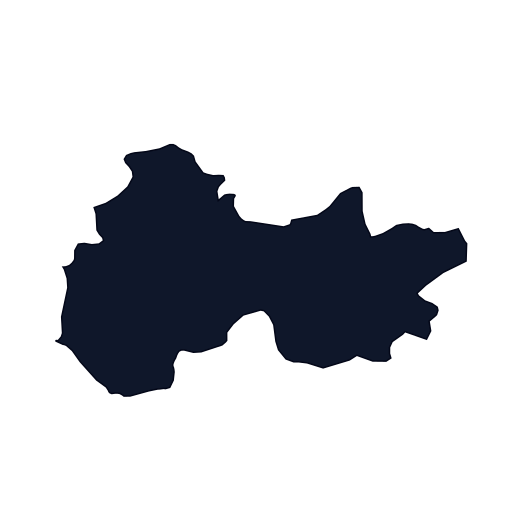 outline of Lempira, rotated 82°
{"feature_id": "HND-652", "entity_name": "Lempira", "entity_type": "Department", "adm_level": 1, "iso_a3": "HND", "parent_name": "Honduras", "parent_adm1": "", "projection": "natural_earth1", "projection_center": [-88.611, 14.455], "detail": "fine", "context": "isolated", "style": "filled", "palette": "ink", "viewbox_px": 512, "rotation_deg": 82, "n_neighbors": 0, "source": "natural_earth", "source_scale": "10m", "svg_char_len": 2427}
<svg xmlns="http://www.w3.org/2000/svg" viewBox="0 0 512 512"><g transform="rotate(82 256 256)"><path d="M141.8,372.9L138.5,370.2L137.3,365.6L137.0,362.1L137.4,350.5L136.6,336.5L133.8,325.9L134.2,322.6L135.6,320.3L138.2,317.8L140.5,314.9L143.7,309.0L145.9,306.0L148.4,304.1L154.3,303.3L166.4,296.9L168.3,293.3L170.6,287.3L171.1,281.6L171.9,277.4L174.0,276.6L176.6,276.6L180.2,281.5L182.2,283.7L186.4,285.9L195.9,285.7L191.4,278.6L191.2,276.5L191.3,273.5L192.1,269.5L192.7,268.5L193.4,268.3L195.9,270.3L203.7,271.6L214.4,267.5L217.3,265.6L219.4,263.5L220.6,261.7L221.5,256.7L231.1,224.6L229.9,218.0L228.9,217.1L225.5,215.6L224.4,189.5L220.0,180.4L217.3,175.8L206.0,163.6L202.1,152.6L201.8,150.8L202.5,144.4L208.0,142.3L226.4,144.8L239.7,143.7L250.2,140.2L253.1,139.9L253.4,137.3L253.2,134.9L251.6,127.0L247.8,117.4L245.4,112.6L245.0,106.1L245.5,100.5L246.4,96.9L248.0,93.6L250.0,91.4L252.7,87.7L253.5,85.8L252.8,81.1L257.7,77.0L259.2,65.5L257.2,51.9L270.3,47.4L273.1,45.7L290.3,48.7L298.3,73.1L308.5,92.1L315.3,101.8L318.1,100.7L324.0,95.1L327.7,88.3L331.9,83.7L335.1,83.4L339.2,85.4L340.0,86.4L344.6,93.7L354.5,93.5L362.1,98.7L351.6,119.0L353.8,121.7L359.7,133.1L365.0,136.5L371.2,137.4L375.8,136.7L378.2,141.8L376.2,155.0L368.3,170.0L371.9,177.9L376.1,205.1L368.9,220.2L366.7,228.4L366.0,233.4L362.1,240.6L352.0,246.7L343.3,248.1L326.5,247.9L317.4,251.1L311.3,255.6L310.1,258.9L312.6,276.9L320.0,288.1L327.5,295.7L335.6,296.8L336.9,298.3L339.3,302.0L343.2,323.6L342.6,331.4L339.0,340.3L338.7,343.4L339.6,345.7L341.4,347.3L343.4,348.6L345.8,349.8L348.1,351.6L350.3,352.9L352.0,353.6L353.5,353.7L355.3,353.3L357.2,353.2L359.5,353.3L367.5,355.3L374.1,359.7L374.7,364.1L374.2,365.9L374.2,370.0L374.0,371.9L374.6,381.1L377.1,400.2L376.3,406.3L375.0,407.5L373.1,410.0L372.5,412.0L372.1,414.6L372.1,418.0L371.1,419.7L370.1,420.4L368.3,420.9L364.9,422.5L356.7,431.0L336.1,444.8L324.1,451.0L318.0,456.3L316.9,458.3L316.6,459.4L312.5,465.8L311.7,466.3L311.9,466.1L312.0,465.1L312.3,463.7L309.0,460.0L305.5,458.3L289.2,456.9L261.2,446.7L251.8,446.0L242.4,447.6L240.1,448.6L240.2,447.8L240.3,445.6L239.5,442.0L237.6,439.1L235.0,436.5L233.2,435.8L225.3,434.6L219.5,430.3L219.7,424.2L222.0,417.0L222.3,409.7L219.6,404.8L216.4,405.2L212.6,407.9L208.2,409.8L192.0,408.4L185.5,409.5L183.1,397.3L177.5,384.4L169.8,373.3L160.7,366.6L154.9,366.5L149.7,369.0L145.4,372.0L141.8,372.9Z" fill="#0f172a" stroke="#020617" stroke-width="1.5"/></g></svg>